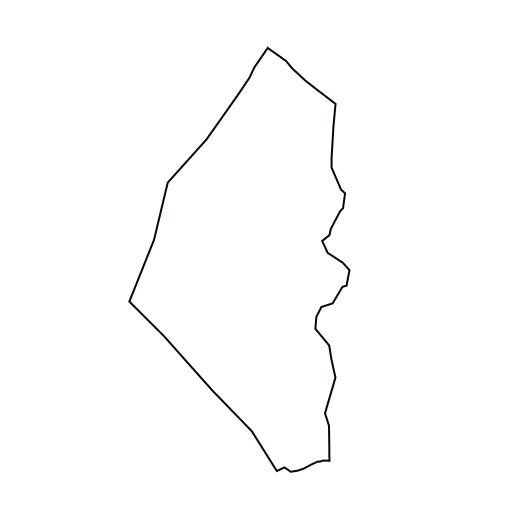 San Miguel Coatlán, Oaxaca, Mexico, rotated 12°
{"feature_id": "50627088B89719266159733", "entity_name": "San Miguel Coatlán", "entity_type": "district", "adm_level": 2, "iso_a3": "MEX", "parent_name": "Mexico", "parent_adm1": "Oaxaca", "projection": "robinson", "projection_center": [-96.66, 16.169], "detail": "fine", "context": "isolated", "style": "outline", "palette": "ink", "viewbox_px": 512, "rotation_deg": 12, "n_neighbors": 0, "source": "geoboundaries", "source_scale": "gbopen_adm2", "svg_char_len": 953}
<svg xmlns="http://www.w3.org/2000/svg" viewBox="0 0 512 512"><g transform="rotate(12 256 256)"><path d="M304.8,113.1L302.2,90.7L279.9,80.1L268.0,74.3L252.8,65.2L250.0,63.0L249.9,63.0L244.7,58.9L241.1,57.4L240.9,57.3L232.4,53.6L232.1,53.5L231.8,53.3L224.3,50.2L224.2,50.1L215.2,71.8L212.5,83.1L204.8,102.2L183.3,152.4L154.4,202.6L152.9,261.3L141.6,326.9L182.6,353.5L241.5,396.8L288.4,428.3L321.1,462.0L327.8,456.9L334.9,459.8L341.4,457.3L346.9,454.0L353.7,448.3L359.3,444.1L360.9,444.0L364.3,442.1L366.9,441.7L368.5,441.2L370.4,441.1L369.9,438.5L369.3,436.3L368.2,431.3L368.0,430.2L365.1,417.4L362.7,406.9L356.2,395.5L359.0,358.5L351.0,340.8L346.2,328.3L329.2,314.9L327.7,302.9L330.6,292.3L340.8,286.4L347.0,268.2L350.7,266.2L350.4,250.4L342.2,244.5L325.4,238.0L317.6,227.5L323.5,220.3L323.5,214.3L325.5,207.0L329.0,194.6L331.2,191.2L330.1,176.2L325.3,173.3L311.5,153.7L309.6,144.7L304.8,113.1Z" fill="none" stroke="#020617" stroke-width="2"/></g></svg>